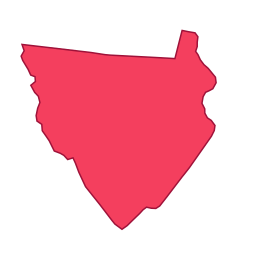 Timbó, Santa Catarina, Brazil, rotated 351°
{"feature_id": "56859067B25557808963142", "entity_name": "Timbó", "entity_type": "district", "adm_level": 2, "iso_a3": "BRA", "parent_name": "Brazil", "parent_adm1": "Santa Catarina", "projection": "albers", "projection_center": [-49.268, -26.814], "detail": "fine", "context": "isolated", "style": "filled", "palette": "rose", "viewbox_px": 256, "rotation_deg": 351, "n_neighbors": 0, "source": "geoboundaries", "source_scale": "gbopen_adm2", "svg_char_len": 1076}
<svg xmlns="http://www.w3.org/2000/svg" viewBox="0 0 256 256"><g transform="rotate(351 128 128)"><path d="M42.9,117.3L45.9,123.4L48.2,128.3L50.1,134.4L51.6,139.2L57.2,142.4L60.4,145.0L63.5,149.7L69.0,148.9L70.6,154.6L72.5,163.9L76.9,179.3L82.6,189.4L88.2,199.2L97.6,216.6L100.0,220.8L106.2,227.1L111.9,224.3L117.5,220.3L122.2,217.0L126.2,214.2L130.1,211.1L133.9,209.1L138.5,210.9L142.9,211.8L147.1,210.0L155.9,201.8L160.4,197.5L173.8,184.7L178.2,180.7L182.5,176.7L209.1,149.2L212.8,144.0L214.3,139.1L211.4,133.5L208.0,130.4L206.2,125.3L206.8,121.1L204.9,115.2L207.1,108.8L210.2,104.9L213.9,103.9L217.9,102.5L222.1,97.1L222.3,91.5L219.6,86.9L216.5,81.6L212.9,77.3L210.1,72.0L208.6,66.6L206.8,62.9L209.1,58.4L209.8,54.1L211.3,48.8L209.1,44.5L202.9,42.4L196.7,40.1L185.2,66.8L181.2,65.9L165.9,62.6L122.1,53.3L116.9,52.0L103.1,47.6L36.4,28.9L37.5,35.5L33.7,40.3L34.6,44.8L36.3,49.0L38.5,54.4L40.2,60.5L44.2,62.8L43.8,67.6L38.7,70.6L41.4,78.2L44.4,82.6L45.0,89.0L41.9,94.3L39.2,101.4L39.2,107.0L43.4,110.9L42.9,117.3Z" fill="#f43f5e" stroke="#9f1239" stroke-width="1.5"/></g></svg>